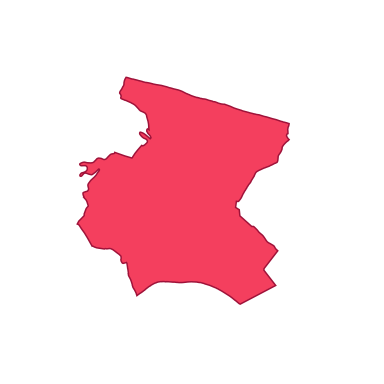 Limpopo, Gaza, Mozambique, rotated 220°
{"feature_id": "85939544B55875453752427", "entity_name": "Limpopo", "entity_type": "district", "adm_level": 2, "iso_a3": "MOZ", "parent_name": "Mozambique", "parent_adm1": "Gaza", "projection": "orthographic", "projection_center": [33.462, -25.027], "detail": "fine", "context": "isolated", "style": "filled", "palette": "rose", "viewbox_px": 384, "rotation_deg": 220, "n_neighbors": 0, "source": "geoboundaries", "source_scale": "gbopen_adm2", "svg_char_len": 6047}
<svg xmlns="http://www.w3.org/2000/svg" viewBox="0 0 384 384"><g transform="rotate(220 192 192)"><path d="M161.5,306.8L161.8,306.8L162.2,306.5L163.6,306.0L166.2,304.8L166.5,304.5L168.5,303.8L168.9,303.5L174.1,301.5L177.6,299.8L183.0,297.5L185.5,296.2L190.1,294.3L192.7,292.7L193.7,292.3L193.9,292.1L194.6,291.8L194.9,291.5L195.6,291.3L198.8,289.7L199.6,289.4L205.3,286.7L206.1,286.4L206.4,286.4L211.1,284.4L214.0,283.3L216.5,282.6L217.6,282.3L220.9,281.1L221.6,280.8L223.4,280.2L224.7,279.2L226.3,278.2L229.4,276.8L229.7,276.8L232.5,275.8L233.7,275.0L234.0,274.7L234.7,274.7L238.0,273.1L240.9,272.0L241.2,271.8L241.9,271.5L242.1,271.3L243.1,270.7L243.3,270.4L245.1,269.6L245.3,269.3L246.6,268.8L248.6,267.9L248.8,267.6L251.7,266.4L254.1,265.5L256.0,264.9L256.3,264.9L258.3,264.2L258.6,264.2L259.5,263.8L264.4,262.7L266.4,262.0L268.0,261.4L272.8,259.0L274.1,258.5L274.6,258.2L275.0,258.1L276.4,257.3L278.8,256.4L281.5,255.1L283.9,254.0L288.0,251.5L291.1,249.8L292.5,249.2L294.7,248.1L297.2,246.7L297.4,246.4L297.8,246.3L298.1,246.0L299.7,245.3L300.1,245.0L300.9,244.8L302.4,244.1L304.6,243.0L305.6,242.6L307.0,241.9L307.4,241.8L307.7,241.5L309.2,240.9L310.8,239.9L314.9,238.2L316.2,237.5L315.9,235.6L315.4,234.0L314.4,232.1L313.3,230.7L312.7,229.3L312.7,228.4L312.0,225.6L311.9,224.1L311.8,223.9L311.8,223.1L311.4,221.8L311.1,221.6L310.9,221.2L309.6,220.9L308.6,220.4L308.0,220.0L307.6,219.3L307.1,218.3L306.8,218.1L306.5,218.0L305.5,218.2L303.8,218.8L302.6,219.1L300.9,219.9L300.5,219.9L296.2,221.2L295.7,221.2L293.5,221.7L291.7,221.9L290.1,221.8L286.2,221.3L285.5,221.1L283.7,221.0L280.3,222.0L278.3,222.3L276.4,221.7L275.1,220.6L271.1,217.9L268.6,215.8L268.4,215.5L268.1,215.3L267.9,215.0L267.3,214.5L267.0,213.9L266.7,213.8L266.5,213.5L266.2,213.3L265.7,212.7L265.0,212.1L266.6,211.8L266.7,211.5L266.7,211.1L266.5,210.5L265.8,209.5L263.5,208.6L260.4,208.2L259.8,208.0L258.3,207.2L258.2,206.9L258.3,205.9L263.5,206.0L266.6,205.8L267.6,205.6L269.6,204.9L270.2,204.5L270.1,203.7L269.9,203.4L269.4,202.9L268.7,202.6L266.5,202.2L264.9,202.1L263.3,202.3L261.6,202.9L260.3,202.9L259.3,202.7L258.9,202.4L258.3,201.4L258.2,201.0L258.3,199.6L258.6,197.3L259.4,195.7L260.5,195.4L260.6,189.4L260.5,185.1L260.4,184.1L260.1,181.9L260.1,181.3L259.9,180.7L259.8,180.0L259.9,179.4L266.5,176.5L276.6,172.7L276.4,172.4L276.3,171.9L276.4,171.4L278.2,169.2L278.6,168.3L278.9,165.4L279.0,162.6L279.3,161.5L279.8,160.7L280.8,160.0L283.1,159.4L284.7,158.4L285.6,157.7L286.2,156.4L286.3,153.7L286.5,152.8L286.4,152.3L286.6,151.4L287.0,150.6L288.1,149.3L291.0,147.1L293.5,145.8L294.3,145.0L294.8,144.3L295.7,142.6L296.0,141.8L295.9,141.2L295.6,140.9L295.1,140.7L293.9,140.8L290.6,143.7L289.7,143.9L288.8,143.8L288.0,143.5L286.8,142.1L286.5,140.9L286.5,140.2L286.8,138.9L287.6,137.4L288.9,135.5L289.0,134.7L288.9,133.2L288.6,132.7L288.1,132.3L287.5,132.4L287.1,132.7L286.8,133.5L286.7,136.8L286.2,137.6L285.2,138.4L282.4,139.4L280.2,140.5L279.6,141.3L278.7,145.1L278.3,149.5L278.0,149.8L277.7,149.8L277.4,149.7L277.1,149.4L277.0,149.2L276.8,148.1L276.7,146.0L276.3,143.5L276.4,140.5L276.9,136.9L277.0,135.6L276.8,132.3L276.6,131.2L276.2,130.4L275.4,129.6L273.6,128.3L273.0,127.6L272.7,126.5L272.6,125.5L273.5,124.2L274.7,122.2L274.9,121.2L274.3,120.5L273.5,119.8L271.5,118.7L271.6,118.4L270.8,118.3L270.4,118.1L269.0,118.0L267.7,117.7L266.3,117.1L262.6,114.7L262.4,114.3L262.5,112.3L262.3,110.9L260.5,105.9L259.4,104.6L260.0,96.9L259.3,93.7L258.3,94.0L257.2,94.1L253.5,92.9L248.0,91.5L242.7,89.7L233.7,86.3L233.6,86.5L233.1,86.8L231.5,87.1L229.1,88.0L226.0,89.9L222.4,92.1L222.1,92.9L220.7,93.7L218.9,95.7L217.7,96.4L217.0,96.6L215.4,97.0L213.6,97.1L210.5,97.2L207.7,97.4L205.4,97.2L204.7,96.8L204.5,96.5L204.2,96.3L203.6,95.6L203.1,94.6L202.6,94.1L201.6,93.4L199.9,92.8L199.2,92.9L198.6,93.4L196.9,95.9L195.6,95.3L195.4,95.0L194.0,93.8L193.7,93.6L193.5,93.3L193.2,93.1L192.3,92.2L191.6,91.8L191.5,91.6L190.9,91.1L188.6,89.0L188.5,88.6L188.1,88.5L188.0,88.2L187.7,88.0L187.5,87.7L187.2,87.5L186.9,87.2L182.8,85.5L180.9,84.4L178.4,82.8L177.9,82.3L175.9,81.0L174.5,80.5L174.2,80.5L173.7,80.2L173.4,80.2L170.8,79.1L169.0,78.2L168.8,77.9L168.4,77.8L167.6,77.2L167.3,78.4L167.3,78.8L166.9,80.0L166.8,80.7L166.3,81.9L166.3,82.3L165.8,83.8L165.8,84.2L165.6,84.8L165.5,85.6L165.2,86.3L165.1,87.6L164.2,91.9L163.5,93.6L163.6,93.9L162.2,97.6L161.8,98.4L161.1,99.4L161.0,99.9L160.0,101.4L158.2,103.4L157.8,103.6L157.6,103.9L157.2,104.1L157.0,104.5L155.6,105.6L154.4,106.3L154.2,106.7L153.8,106.9L153.6,107.2L153.3,107.3L153.1,107.6L148.7,110.7L147.4,111.8L145.9,112.7L145.1,113.4L144.8,113.5L143.3,114.6L141.0,116.6L137.3,120.5L134.8,122.8L130.6,126.0L128.3,127.3L128.0,127.6L127.1,128.2L123.6,129.8L123.3,129.8L118.2,132.0L117.9,132.0L117.0,132.4L116.7,132.4L115.7,132.8L115.4,132.8L111.4,134.1L110.8,134.1L110.1,134.4L108.1,134.7L107.3,134.9L105.1,135.3L96.3,136.5L92.9,136.7L89.6,136.7L89.2,136.8L84.1,136.8L83.0,137.1L67.8,174.2L86.7,178.3L87.6,179.7L88.5,202.1L91.6,202.3L94.2,203.3L95.4,203.3L99.0,202.7L100.7,202.3L102.3,202.2L103.8,202.5L107.4,203.6L109.5,204.1L110.5,204.2L114.7,204.2L117.5,204.8L120.5,205.1L122.4,205.2L123.0,205.0L124.0,204.0L140.0,204.5L144.4,208.8L148.7,208.2L152.0,213.4L150.6,214.3L150.3,215.1L150.4,218.1L150.6,219.5L151.6,223.2L151.8,224.5L152.2,226.4L152.3,227.7L152.6,229.4L152.6,230.0L152.9,230.9L153.1,232.8L153.3,234.0L153.3,236.8L153.9,239.2L154.5,243.4L154.7,244.0L154.6,244.3L155.0,245.0L155.0,245.3L155.5,247.2L155.6,247.9L155.5,249.2L154.5,251.9L154.1,252.6L152.3,256.5L151.7,257.4L151.2,258.4L149.4,261.5L148.8,263.2L148.4,263.7L147.0,267.2L146.6,267.7L146.2,268.7L145.9,269.4L146.3,270.9L147.6,272.9L147.8,273.1L148.3,273.9L148.7,274.3L149.1,275.2L149.4,276.4L149.5,278.3L149.6,278.6L149.6,279.2L149.8,279.9L149.8,280.2L150.5,282.5L151.8,284.5L151.9,285.0L152.1,287.3L152.0,289.2L151.8,291.3L151.3,293.3L151.3,294.6L152.5,294.6L155.0,295.4L155.6,295.7L155.8,295.9L156.4,297.1L156.4,297.7L156.0,298.4L158.1,300.7L158.5,300.9L159.0,301.7L160.0,303.3L160.4,304.8L161.5,306.8Z" fill="#f43f5e" stroke="#9f1239" stroke-width="1.5"/></g></svg>